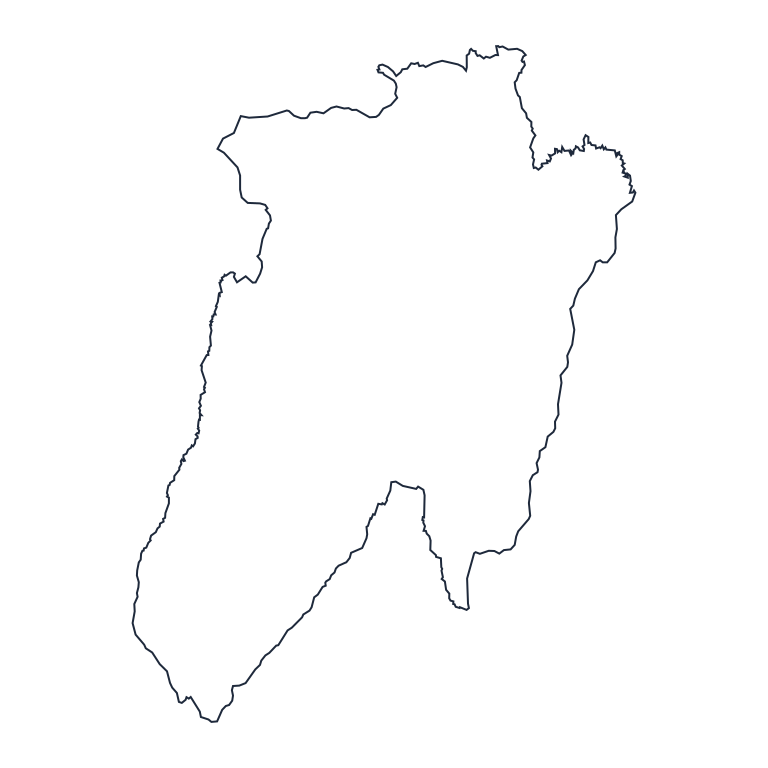 the district of Nganjuk, Jawa Timur, Indonesia
{"feature_id": "22746128B46559606025688", "entity_name": "Nganjuk", "entity_type": "district", "adm_level": 2, "iso_a3": "IDN", "parent_name": "Indonesia", "parent_adm1": "Jawa Timur", "projection": "equal_earth", "projection_center": [111.94, -7.615], "detail": "fine", "context": "isolated", "style": "outline", "palette": "slate", "viewbox_px": 768, "rotation_deg": 0, "n_neighbors": 0, "source": "geoboundaries", "source_scale": "gbopen_adm2", "svg_char_len": 6061}
<svg xmlns="http://www.w3.org/2000/svg" viewBox="0 0 768 768"><path d="M217.5,148.9L223.9,152.7L237.5,167.4L240.1,175.5L240.1,189.7L241.7,197.5L247.7,202.9L260.0,203.4L265.2,204.9L267.5,208.3L265.7,209.9L270.0,215.4L270.9,220.6L268.9,223.6L268.1,228.3L266.7,228.8L262.5,238.9L259.6,254.2L257.4,256.3L261.7,261.5L262.1,267.3L260.1,273.7L255.6,282.4L252.7,282.6L245.7,276.3L237.0,282.3L233.9,276.9L234.9,273.6L233.1,272.4L230.5,272.4L225.9,275.7L224.6,274.8L224.1,276.4L221.8,277.7L222.5,280.1L221.3,280.5L222.1,281.1L220.6,280.6L220.6,282.5L219.5,282.8L221.8,292.1L219.5,292.9L219.7,295.4L218.8,294.7L217.8,301.9L215.9,306.2L216.8,306.9L214.6,312.0L215.6,314.5L213.7,314.4L213.3,316.4L212.2,316.4L212.4,319.1L210.6,321.4L212.1,321.8L210.8,323.3L211.2,325.1L210.1,325.1L211.5,330.6L210.1,336.7L210.9,345.6L209.4,347.2L209.3,350.8L208.0,351.4L208.4,355.0L206.7,355.1L200.9,365.6L201.9,366.1L201.6,370.2L205.7,382.6L204.0,387.0L204.9,387.8L204.0,389.2L205.0,392.2L200.6,394.9L200.7,398.7L199.3,402.1L200.9,405.8L199.0,408.3L200.1,410.3L199.6,413.0L201.5,415.2L199.9,415.1L199.9,419.8L199.0,419.6L198.5,421.7L198.0,426.6L198.6,427.8L197.8,428.6L199.2,430.6L198.6,433.3L197.3,433.0L195.8,434.6L197.6,436.4L197.7,437.9L195.5,439.2L194.9,443.5L193.1,446.3L191.8,445.4L191.0,447.7L188.1,449.6L186.4,453.7L183.5,455.1L183.3,457.3L184.9,460.7L183.5,461.1L181.9,459.4L180.8,461.2L181.4,463.9L179.2,467.8L179.4,469.7L174.3,476.1L174.2,480.2L170.1,482.8L169.6,485.0L168.4,485.5L166.9,493.0L167.9,495.2L167.0,496.6L168.9,497.6L168.9,503.4L165.4,513.1L165.1,517.8L163.1,518.9L163.6,521.6L160.0,523.6L159.7,526.6L157.5,528.4L155.8,532.2L151.1,535.6L150.0,539.2L150.7,540.4L148.3,542.8L146.3,547.6L144.0,548.4L143.6,550.6L142.4,550.8L141.1,553.7L140.7,559.7L138.8,562.4L137.2,570.4L136.9,575.5L138.8,582.2L138.4,587.3L136.9,593.1L137.6,596.8L134.3,604.0L134.7,611.4L132.6,623.1L135.6,634.6L144.2,644.7L145.8,648.3L152.2,652.5L159.7,664.1L167.0,671.3L170.0,682.9L172.2,687.6L176.9,693.0L178.9,701.9L181.8,702.9L185.6,699.8L186.5,697.2L188.8,698.6L190.7,697.0L199.8,711.6L200.9,717.0L208.5,719.5L211.4,721.9L217.1,721.4L222.2,709.8L225.8,706.0L229.1,705.0L232.2,700.7L233.0,695.6L231.9,690.2L233.0,686.0L239.3,685.6L245.6,683.1L255.3,669.4L260.0,664.9L261.3,660.6L265.4,655.4L269.3,652.9L276.2,645.6L278.3,645.2L287.6,630.4L291.8,627.7L302.1,617.3L303.3,614.5L309.5,610.6L311.6,607.3L314.2,597.3L317.8,594.6L322.6,586.9L325.7,585.7L325.3,582.7L326.1,581.4L329.7,579.1L331.2,575.3L334.5,572.5L335.9,568.5L338.6,565.7L346.4,562.2L349.7,558.0L351.1,552.8L362.2,548.0L366.5,538.2L367.2,534.3L366.5,526.9L368.0,525.9L370.4,518.3L371.3,518.8L373.1,514.2L374.7,514.8L378.3,503.8L381.8,504.4L382.4,503.2L384.7,504.5L387.1,500.2L386.7,498.6L390.3,490.6L391.3,482.2L395.8,481.6L402.8,485.9L416.2,488.9L418.1,486.6L423.4,489.8L424.6,495.3L424.1,517.4L422.8,517.1L422.3,520.0L423.5,520.5L423.3,522.7L425.0,526.2L423.6,530.8L425.9,530.9L426.7,533.6L429.3,536.2L430.6,540.6L430.3,550.0L435.9,555.1L436.1,556.9L440.9,558.3L441.3,567.2L442.2,568.9L441.5,570.6L442.9,577.2L441.7,579.0L444.9,581.5L446.1,589.8L449.3,593.6L449.2,598.3L450.5,600.6L453.4,601.4L453.2,604.0L454.6,604.3L455.7,606.8L459.6,608.0L459.9,607.2L466.6,609.9L468.9,608.1L468.0,603.7L467.1,578.5L474.1,553.3L475.6,552.2L479.9,553.8L488.7,550.8L494.4,551.0L499.3,553.6L503.9,550.1L510.6,549.4L514.7,544.9L516.2,536.5L518.2,531.3L528.7,519.1L530.2,515.8L528.9,503.0L530.5,491.2L529.8,481.1L532.8,475.2L537.5,472.2L538.0,469.7L536.6,463.1L539.4,457.4L539.8,451.1L545.4,447.2L547.7,436.6L553.4,431.9L555.2,428.3L555.0,421.6L558.5,414.6L558.0,404.2L561.5,382.8L560.5,375.4L567.3,366.9L568.0,362.3L567.2,355.8L572.2,344.6L574.3,329.8L570.2,308.9L573.3,305.6L574.9,298.7L578.9,289.2L587.4,280.4L593.0,271.1L595.8,262.3L600.1,260.3L602.7,262.3L607.2,262.3L614.6,253.0L615.6,248.5L615.4,237.4L616.9,229.0L615.9,215.1L621.3,209.3L632.2,201.5L635.4,192.7L634.0,190.5L632.9,192.5L629.9,192.8L631.9,186.1L629.5,184.6L630.8,181.0L630.0,175.6L627.7,173.8L627.8,177.7L624.4,176.5L625.5,175.9L625.9,173.6L622.6,172.6L622.9,171.7L624.0,172.4L623.3,170.2L624.8,169.0L621.8,165.5L624.2,163.5L622.8,163.1L622.7,160.3L620.6,159.1L621.7,156.1L619.2,154.6L619.2,152.2L617.1,153.1L617.8,154.4L616.3,156.4L614.8,150.4L606.4,149.6L605.4,147.4L603.8,149.3L602.3,145.6L600.6,148.2L599.5,147.3L596.1,148.5L595.5,145.4L591.5,145.0L590.2,142.5L588.3,143.0L588.4,137.0L585.6,135.2L583.6,139.4L584.5,145.0L582.6,146.4L584.1,149.0L583.8,151.0L579.8,150.3L578.1,147.5L575.9,146.3L575.5,148.5L573.8,149.8L573.3,153.2L571.3,151.2L571.9,154.1L571.1,155.2L569.0,150.5L564.5,150.9L562.2,147.0L561.4,152.2L559.1,150.7L557.7,152.2L556.9,149.1L555.0,148.8L555.1,153.4L551.5,155.6L549.1,155.0L551.0,158.5L549.8,161.4L547.0,160.5L547.5,163.1L541.9,163.7L541.5,164.8L542.4,166.3L538.4,169.7L535.7,167.5L533.8,168.0L533.0,164.4L534.1,159.4L532.5,157.5L533.3,152.4L530.1,147.4L533.3,138.4L535.4,135.4L531.8,130.6L532.7,128.6L531.3,126.6L531.4,122.0L526.9,117.8L526.1,113.3L521.9,108.2L519.8,97.0L518.0,95.4L515.5,88.6L514.7,82.3L516.7,80.2L519.2,72.9L521.4,72.7L521.5,70.0L524.9,65.1L524.0,61.5L522.5,61.9L521.6,60.6L523.3,56.5L525.7,55.0L522.3,51.1L517.1,48.8L508.3,49.6L502.6,46.5L499.3,47.2L498.3,46.1L496.2,46.2L498.0,55.1L495.4,55.0L489.9,57.8L486.0,56.7L483.8,58.5L479.7,55.3L477.5,55.9L475.7,53.1L475.7,51.2L472.9,50.8L471.1,48.9L469.9,50.0L469.1,53.7L466.7,55.5L466.8,67.3L466.0,70.7L462.9,66.9L457.9,64.4L442.2,60.8L433.3,63.2L425.6,67.0L423.3,65.4L419.3,66.1L417.9,62.8L414.6,64.0L411.2,63.3L407.3,68.7L402.3,69.3L400.8,72.2L396.2,76.0L393.1,71.4L387.9,67.0L382.5,64.6L379.3,65.3L378.4,66.8L379.4,69.5L377.5,69.8L378.5,72.4L383.0,72.8L384.1,74.7L393.9,80.6L395.8,83.6L396.6,87.2L395.2,93.8L397.2,97.8L390.8,105.1L383.3,108.6L378.9,114.9L376.1,116.9L369.6,117.3L356.4,109.8L352.1,110.0L348.6,108.1L344.2,108.5L336.5,106.5L331.1,107.9L323.5,113.3L316.6,111.8L310.4,112.7L307.1,117.7L305.0,118.2L300.9,118.2L294.0,115.7L288.9,111.0L286.8,110.5L267.6,116.5L249.0,117.7L240.8,116.1L233.9,133.0L223.0,138.6L217.5,148.9Z" fill="none" stroke="#1e293b" stroke-width="2"/></svg>